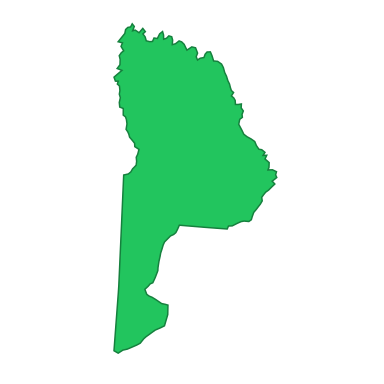 Janiópolis, Paraná, Brazil (Albers equal-area conic projection), rotated 3°
{"feature_id": "56859067B85579838513622", "entity_name": "Janiópolis", "entity_type": "district", "adm_level": 2, "iso_a3": "BRA", "parent_name": "Brazil", "parent_adm1": "Paraná", "projection": "albers", "projection_center": [-52.807, -24.153], "detail": "fine", "context": "isolated", "style": "filled", "palette": "green", "viewbox_px": 384, "rotation_deg": 3, "n_neighbors": 0, "source": "geoboundaries", "source_scale": "gbopen_adm2", "svg_char_len": 2434}
<svg xmlns="http://www.w3.org/2000/svg" viewBox="0 0 384 384"><g transform="rotate(3 192 192)"><path d="M274.3,179.7L271.5,177.0L275.9,173.1L274.6,170.5L275.3,167.3L271.2,165.6L266.7,166.0L267.6,163.4L267.5,158.6L263.2,155.2L264.7,151.4L261.0,151.8L262.8,148.6L259.4,146.1L256.6,145.8L253.9,142.3L252.0,138.3L248.2,135.9L244.2,134.0L240.7,131.6L238.7,127.9L235.1,121.9L235.9,116.9L238.4,114.8L237.9,111.9L239.0,108.4L236.7,105.4L236.7,101.5L233.5,102.2L230.8,102.3L230.3,98.2L228.7,95.8L226.3,94.0L228.3,90.5L226.0,88.6L224.9,85.8L223.8,82.2L222.0,79.0L220.4,74.6L218.4,71.0L216.8,66.1L214.8,62.7L210.8,60.2L206.7,60.0L204.9,55.0L203.0,51.1L199.7,51.4L197.9,53.7L196.9,57.1L193.1,58.0L190.6,59.9L189.1,56.7L190.3,53.0L188.0,47.8L184.2,47.1L179.5,50.6L176.4,44.9L173.8,42.6L171.2,41.8L167.8,44.8L164.6,45.9L164.7,41.3L163.6,38.0L160.7,37.3L158.5,39.8L155.7,40.9L155.4,36.8L154.2,33.3L151.4,35.8L149.4,40.5L146.0,40.2L144.7,43.7L142.0,44.1L138.4,43.4L137.1,39.6L134.7,36.7L137.0,34.3L134.3,31.2L130.8,35.7L126.8,33.3L124.3,34.1L125.7,29.7L123.5,27.2L122.0,30.4L119.3,31.0L117.2,33.2L116.6,37.2L110.4,45.8L114.8,46.7L113.5,50.3L116.4,54.6L114.1,56.6L112.2,59.7L113.3,63.3L113.4,68.7L110.8,72.6L115.7,74.2L111.0,78.6L108.1,81.4L109.7,85.3L112.6,85.2L111.8,88.1L114.0,89.9L114.7,94.6L114.3,98.1L115.5,101.6L114.7,106.4L115.4,111.0L119.0,112.2L119.3,118.8L121.6,120.4L122.7,123.1L123.5,127.4L122.9,132.9L124.6,135.1L125.9,137.6L126.8,140.5L129.9,143.8L132.1,146.3L132.5,149.7L136.8,152.2L135.8,157.2L134.5,160.2L135.1,164.3L134.8,168.2L131.4,172.1L129.9,175.1L127.5,177.3L122.9,178.6L123.3,224.7L123.8,289.6L123.7,296.5L122.4,354.6L126.7,356.8L131.3,353.5L135.6,352.3L139.3,350.5L144.9,347.7L148.2,345.7L151.5,341.1L153.6,339.0L158.3,335.2L162.5,331.8L167.8,329.2L171.5,327.1L174.2,315.7L173.9,306.2L171.3,305.6L167.5,305.0L161.6,301.4L157.6,299.2L154.7,298.2L152.2,296.6L150.0,291.6L153.0,288.6L155.1,285.9L157.6,284.7L159.7,279.5L160.9,275.8L162.0,272.3L162.0,269.3L162.6,263.2L163.5,257.9L163.9,254.6L164.9,251.0L166.0,246.4L167.2,243.3L172.8,237.0L175.9,235.4L178.0,233.4L179.5,230.0L181.1,225.8L187.0,226.0L207.0,226.6L211.3,226.7L229.1,227.1L230.2,224.1L234.0,223.7L238.7,221.0L242.6,219.0L245.5,218.3L250.3,218.5L252.7,216.6L253.4,213.6L254.7,209.2L257.4,205.6L259.0,203.2L260.9,200.5L262.6,197.2L261.9,193.7L263.7,190.9L265.6,188.3L268.4,186.1L270.9,183.3L274.3,179.7Z" fill="#22c55e" stroke="#15803d" stroke-width="1.5"/></g></svg>